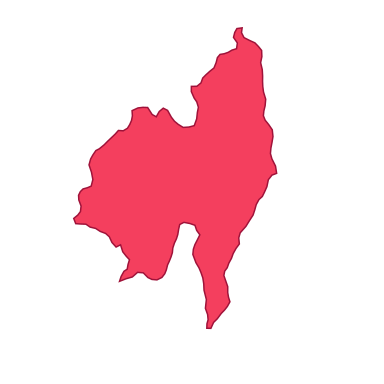 the district of Jaguaraçu, Minas Gerais, Brazil, rotated 157°
{"feature_id": "56859067B87939295508899", "entity_name": "Jaguaraçu", "entity_type": "district", "adm_level": 2, "iso_a3": "BRA", "parent_name": "Brazil", "parent_adm1": "Minas Gerais", "projection": "natural_earth1", "projection_center": [-42.716, -19.627], "detail": "fine", "context": "isolated", "style": "filled", "palette": "rose", "viewbox_px": 384, "rotation_deg": 157, "n_neighbors": 0, "source": "geoboundaries", "source_scale": "gbopen_adm2", "svg_char_len": 2367}
<svg xmlns="http://www.w3.org/2000/svg" viewBox="0 0 384 384"><g transform="rotate(157 192 192)"><path d="M81.7,323.5L86.8,324.9L90.3,322.2L93.4,318.1L92.0,311.5L95.0,306.5L99.8,307.0L104.1,306.4L108.4,306.7L112.4,307.7L116.1,305.8L119.2,301.7L123.3,297.6L128.6,296.1L133.5,294.4L137.6,292.7L141.1,288.9L146.2,287.4L151.3,289.5L153.4,284.7L153.3,277.6L152.4,273.1L153.0,267.5L156.0,263.1L159.1,257.5L164.0,252.2L169.5,253.0L174.9,254.9L178.3,259.7L180.5,264.0L181.8,269.0L182.6,276.7L185.7,280.4L190.7,278.9L195.5,275.2L198.4,278.9L199.8,287.1L204.1,289.1L208.9,290.5L215.4,290.3L217.1,285.4L219.7,281.5L223.0,278.4L226.5,275.9L231.4,275.2L235.7,277.4L240.1,275.3L244.9,273.5L249.2,271.9L254.6,269.7L260.5,268.0L264.3,267.7L268.8,264.8L272.4,262.0L276.2,257.2L276.8,249.5L278.4,242.2L282.5,236.8L286.6,236.8L291.1,237.4L294.6,236.0L297.7,233.3L299.3,228.9L299.6,222.4L302.3,217.6L306.1,215.4L311.2,213.9L311.4,208.3L307.3,206.2L302.2,203.8L299.5,199.5L294.9,196.1L291.9,191.6L287.7,187.6L285.6,183.1L285.4,176.8L283.4,171.0L278.4,171.3L279.1,164.0L277.6,158.5L276.0,154.1L279.2,150.3L281.8,146.3L285.6,145.6L290.2,142.0L293.6,138.1L286.5,137.9L280.1,137.1L273.5,139.3L268.4,136.6L266.0,130.5L263.1,127.2L258.6,124.8L253.1,125.1L249.0,127.4L246.1,130.3L243.0,134.4L240.0,137.1L236.7,140.4L233.8,143.8L231.5,148.0L228.1,151.9L224.6,155.0L221.7,158.4L218.8,163.0L216.0,166.9L211.3,167.2L206.2,163.8L202.3,160.2L202.7,154.8L201.5,149.5L205.6,146.0L209.9,142.4L213.1,138.8L215.6,134.2L216.0,125.4L215.2,119.5L215.2,114.4L215.6,108.7L217.1,102.8L219.3,96.9L220.8,87.4L225.1,79.7L225.5,73.1L227.1,68.1L229.7,64.9L231.6,60.8L227.9,59.1L223.1,63.5L218.3,65.4L212.5,68.8L208.0,70.7L204.2,72.8L200.0,76.1L199.5,80.9L198.4,85.5L196.1,90.9L195.7,96.8L195.3,102.7L192.8,106.4L189.2,108.5L185.9,112.1L181.6,115.5L178.2,119.2L173.6,122.8L168.7,125.7L166.9,131.5L163.6,135.6L155.8,139.3L150.3,143.2L144.8,146.9L141.3,150.9L137.8,155.3L133.3,158.9L129.0,160.4L125.3,163.6L121.0,167.6L116.9,173.5L111.8,176.3L106.8,176.1L105.0,183.2L105.5,191.3L104.8,196.7L102.2,201.6L99.1,206.2L95.8,211.4L93.8,217.9L95.0,223.9L96.6,229.5L96.5,234.3L94.2,238.5L91.0,242.8L87.9,248.6L87.1,256.1L85.6,261.5L83.8,266.3L81.7,271.1L79.5,277.2L78.3,284.2L74.8,289.3L72.6,295.1L74.0,300.0L75.8,304.7L79.5,308.7L83.8,313.8L84.2,319.3L81.7,323.5Z" fill="#f43f5e" stroke="#9f1239" stroke-width="1.5"/></g></svg>